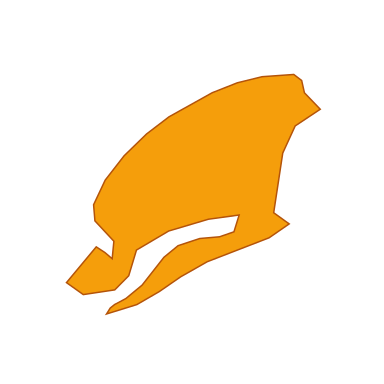 an SVG outline of Barbuda, rotated 251°
{"feature_id": "ATG-5091", "entity_name": "Barbuda", "entity_type": "Dependency", "adm_level": 1, "iso_a3": "ATG", "parent_name": "Antigua and Barbuda", "parent_adm1": "", "projection": "equal_earth", "projection_center": [-61.817, 17.637], "detail": "fine", "context": "isolated", "style": "filled", "palette": "amber", "viewbox_px": 384, "rotation_deg": 251, "n_neighbors": 0, "source": "natural_earth", "source_scale": "10m", "svg_char_len": 699}
<svg xmlns="http://www.w3.org/2000/svg" viewBox="0 0 384 384"><g transform="rotate(251 192 192)"><path d="M145.8,262.5L130.2,273.5L123.6,250.0L121.1,183.6L115.5,153.7L108.5,128.7L103.5,103.2L104.5,71.5L108.9,76.9L110.8,82.2L112.8,94.8L120.2,114.5L139.4,144.2L145.8,161.4L145.5,184.2L140.7,203.4L140.7,218.7L154.9,229.1L160.9,198.7L162.7,157.3L155.2,120.6L133.4,104.9L124.6,87.1L130.4,55.8L147.2,43.8L171.3,83.6L163.2,89.9L154.9,94.8L170.9,102.1L196.3,90.8L212.0,94.8L231.5,113.8L248.4,139.7L261.7,168.0L270.6,194.8L279.3,243.5L280.5,270.4L278.2,295.8L270.0,326.5L261.7,332.0L249.2,330.6L228.5,340.2L220.9,311.1L199.3,290.5L145.8,262.5Z" fill="#f59e0b" stroke="#b45309" stroke-width="1.5"/></g></svg>